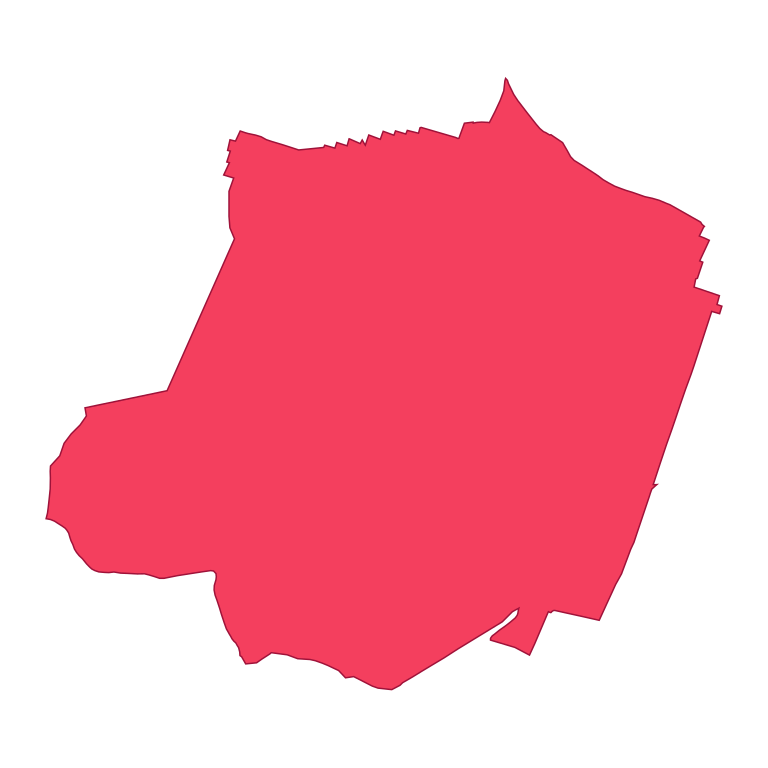 Santo Tomás Hueyotlipan, Puebla, Mexico
{"feature_id": "50627088B52842348137606", "entity_name": "Santo Tomás Hueyotlipan", "entity_type": "district", "adm_level": 2, "iso_a3": "MEX", "parent_name": "Mexico", "parent_adm1": "Puebla", "projection": "orthographic", "projection_center": [-97.866, 18.889], "detail": "fine", "context": "isolated", "style": "filled", "palette": "rose", "viewbox_px": 768, "rotation_deg": 0, "n_neighbors": 0, "source": "geoboundaries", "source_scale": "gbopen_adm2", "svg_char_len": 3464}
<svg xmlns="http://www.w3.org/2000/svg" viewBox="0 0 768 768"><path d="M505.6,78.4L504.9,80.8L503.8,90.8L500.2,100.4L495.1,111.4L489.4,122.6L488.0,122.4L481.8,122.1L476.9,122.4L473.2,123.1L473.1,122.1L464.4,123.2L458.9,138.3L458.0,138.5L455.7,137.5L455.4,137.4L421.1,127.4L420.0,127.8L418.5,133.2L407.3,130.4L405.8,134.0L395.5,130.9L393.9,135.2L383.2,131.3L382.1,134.2L380.3,139.3L368.8,135.0L367.0,140.2L365.3,145.2L364.9,144.6L364.7,144.3L362.2,140.0L360.2,143.6L349.5,138.9L349.1,138.8L347.1,145.8L336.8,142.5L334.9,148.1L324.7,145.2L323.7,147.4L323.1,147.5L322.3,147.6L299.3,149.9L298.8,150.0L292.1,147.8L282.5,144.7L271.8,141.5L266.4,139.7L261.2,136.8L255.6,135.1L248.0,133.5L245.2,132.7L240.2,131.0L235.5,141.1L230.0,139.8L227.6,150.4L230.3,151.1L226.8,162.0L229.4,162.7L223.7,175.0L233.7,178.0L229.0,191.3L229.0,216.4L229.9,227.8L234.5,238.8L214.2,284.6L167.1,390.7L85.0,407.8L86.4,416.0L80.1,425.0L71.2,433.9L64.1,443.3L59.8,455.8L50.5,466.0L50.2,471.2L50.4,478.0L50.2,489.0L49.1,499.7L48.2,507.7L47.5,513.1L46.1,518.7L50.5,519.5L54.4,521.1L58.3,523.6L62.1,526.0L65.2,528.2L66.8,530.1L68.7,533.1L69.8,537.0L71.0,540.7L72.8,544.4L74.5,549.1L76.6,552.5L79.2,555.7L82.4,558.7L86.6,563.9L89.7,567.1L91.8,569.0L94.9,570.6L98.8,571.9L104.5,572.4L108.8,572.6L113.9,572.0L120.6,573.1L127.8,573.4L137.3,573.9L144.5,573.8L148.9,574.9L154.5,576.6L159.6,578.3L164.1,578.3L169.6,577.2L177.7,575.6L193.1,573.2L202.9,571.7L210.7,570.6L213.6,571.0L216.0,573.6L216.3,576.7L216.0,579.6L215.1,582.7L214.3,585.5L214.1,590.0L215.1,595.1L217.0,600.3L219.6,608.2L221.3,613.9L224.2,622.7L226.4,628.9L228.8,633.1L229.1,633.7L230.8,636.5L232.0,638.8L233.9,641.2L235.8,642.9L237.3,645.6L238.6,647.6L239.7,651.9L240.0,655.6L241.6,656.7L245.7,663.9L256.6,662.8L261.7,659.2L269.9,653.9L271.3,652.7L287.2,654.8L297.7,658.7L310.0,659.5L315.3,660.7L322.4,663.2L328.2,665.6L334.5,668.6L338.6,670.5L345.5,677.8L353.7,676.6L372.3,686.1L378.0,688.1L388.8,689.3L391.8,689.6L400.0,685.3L402.6,682.7L412.6,676.9L422.0,671.1L432.3,664.9L444.0,657.9L458.1,648.8L502.3,621.8L512.4,611.7L515.4,610.0L518.8,608.2L518.6,608.8L518.2,611.1L517.9,613.2L517.2,615.3L515.2,618.0L510.0,622.4L505.2,626.1L499.4,630.2L494.5,634.2L492.3,635.8L490.9,637.7L490.5,638.6L490.5,640.1L514.9,647.4L529.5,655.1L534.9,643.3L548.0,612.5L548.4,611.7L549.7,612.3L549.9,612.3L550.1,612.4L550.4,612.5L550.8,612.6L551.2,612.4L551.5,612.0L551.9,611.5L553.3,610.6L554.3,610.4L555.6,610.6L565.5,612.8L581.9,616.4L599.2,620.3L606.8,603.7L612.2,592.0L615.6,584.5L618.0,580.2L621.2,574.4L621.6,573.7L621.9,572.8L630.7,549.3L632.7,545.0L633.9,542.5L636.8,533.7L649.1,497.1L650.4,493.0L651.8,489.1L655.4,485.8L656.8,484.6L655.5,484.7L653.2,484.6L653.9,482.5L660.2,463.3L666.6,444.2L672.0,429.0L676.1,417.0L680.4,404.2L685.5,389.4L691.1,374.2L693.8,366.3L704.1,334.7L711.7,311.4L719.6,313.7L721.9,306.2L717.0,304.5L719.4,295.7L694.1,287.1L695.7,278.9L697.4,278.3L702.8,262.2L699.7,260.9L709.3,240.3L704.6,238.1L699.3,236.0L703.5,227.4L704.4,226.4L702.1,224.5L700.6,222.1L669.9,204.7L666.5,203.4L659.2,200.3L652.3,198.3L644.9,196.7L638.3,194.4L632.3,192.3L626.0,190.4L620.5,188.4L614.7,186.2L608.4,182.8L603.1,179.7L598.2,175.9L592.8,172.3L586.9,168.5L582.2,165.4L580.9,164.6L574.1,160.4L570.5,156.6L567.4,150.9L562.6,142.6L550.9,134.7L549.7,135.0L545.7,132.6L543.6,131.7L541.9,130.3L539.8,128.5L536.2,124.3L527.3,113.0L517.7,100.5L513.7,94.4L508.5,83.7L507.4,80.3L505.6,78.4Z" fill="#f43f5e" stroke="#9f1239" stroke-width="1.5"/></svg>